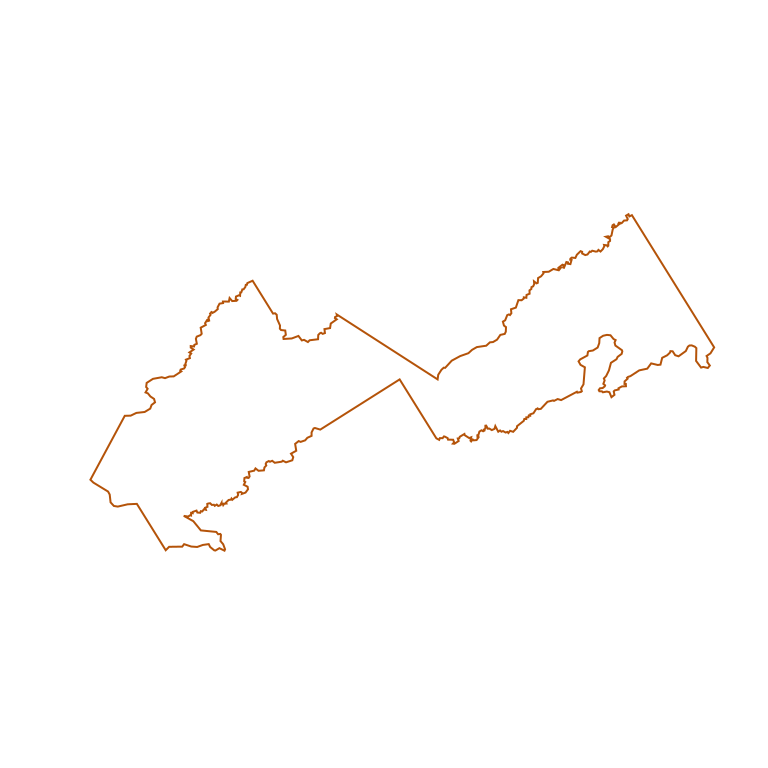 Novo Aripuanã, Amazonas, Brazil, rotated 238°
{"feature_id": "56859067B78656810677763", "entity_name": "Novo Aripuanã", "entity_type": "district", "adm_level": 2, "iso_a3": "BRA", "parent_name": "Brazil", "parent_adm1": "Amazonas", "projection": "natural_earth1", "projection_center": [-60.525, -6.833], "detail": "fine", "context": "isolated", "style": "outline", "palette": "amber", "viewbox_px": 768, "rotation_deg": 238, "n_neighbors": 0, "source": "geoboundaries", "source_scale": "gbopen_adm2", "svg_char_len": 6159}
<svg xmlns="http://www.w3.org/2000/svg" viewBox="0 0 768 768"><g transform="rotate(238 384 384)"><path d="M240.1,683.4L395.8,683.7L396.1,680.9L398.4,681.3L398.5,678.5L394.7,678.1L394.0,676.8L395.4,674.2L394.5,670.9L394.9,669.0L395.7,669.5L396.3,668.7L395.7,667.7L394.9,668.0L394.3,663.7L397.5,663.5L397.5,662.0L396.2,660.6L394.9,662.1L394.0,660.0L389.4,655.6L389.0,653.3L390.5,652.4L391.3,650.2L387.1,652.5L385.5,651.5L385.4,649.4L382.4,647.5L382.2,646.6L383.6,646.4L385.3,644.3L384.2,644.0L382.4,641.1L381.6,637.8L384.1,636.9L383.4,635.3L384.0,633.8L386.7,631.2L386.4,629.4L387.3,628.7L386.0,625.2L386.7,623.0L389.7,621.2L391.1,622.1L392.5,621.1L391.4,616.0L389.5,613.1L391.7,610.2L391.5,608.5L390.7,607.8L389.8,608.8L386.9,605.6L388.5,603.7L389.6,604.5L390.8,603.3L387.2,598.2L387.7,597.8L389.5,599.5L390.6,598.6L390.1,593.4L389.1,592.9L388.6,594.8L387.8,592.5L391.8,588.6L391.9,583.2L394.6,578.4L393.3,577.9L392.1,574.3L392.2,570.8L388.3,568.0L388.5,566.7L391.6,565.6L389.1,564.3L387.8,562.3L388.0,560.4L386.5,559.3L386.3,557.0L383.4,555.3L384.0,552.1L381.7,550.4L383.4,548.5L382.4,547.8L382.1,545.1L383.9,542.4L378.9,536.3L380.1,531.3L376.5,529.5L375.7,527.4L376.8,526.8L377.1,525.0L373.8,520.5L373.9,517.9L370.0,516.7L367.6,517.6L363.8,515.0L362.5,512.9L364.0,508.7L361.7,503.4L361.8,498.7L363.2,495.9L362.3,491.0L366.1,482.3L366.3,476.8L365.4,471.9L367.3,463.4L367.9,453.8L365.3,444.4L366.2,443.3L365.6,440.2L363.1,434.9L359.5,431.9L468.0,380.8L466.5,380.4L466.7,378.0L465.9,377.3L463.9,378.2L463.5,370.9L460.0,367.9L462.1,362.6L458.5,360.9L459.0,358.6L460.8,357.8L461.0,356.5L460.4,354.2L456.9,351.8L460.5,344.1L459.9,341.7L463.8,339.6L464.5,337.4L470.1,336.9L471.5,329.9L475.4,322.7L477.2,323.5L477.7,326.8L481.7,328.6L484.3,325.3L486.1,325.0L488.7,326.8L495.8,327.8L499.6,329.7L501.7,329.1L502.5,327.2L541.2,327.3L542.0,321.6L540.8,320.3L541.3,319.3L539.8,317.9L538.7,315.1L539.3,314.0L537.3,311.5L537.8,310.6L535.1,308.7L536.1,308.0L536.6,304.8L534.7,303.3L533.0,304.2L532.7,303.0L534.8,299.2L538.7,298.6L536.1,296.1L539.3,291.1L537.9,290.4L539.3,287.1L537.2,283.5L535.6,282.7L535.0,278.6L535.2,276.2L537.2,275.8L536.2,275.6L535.9,273.8L534.6,273.6L533.4,270.4L530.4,269.3L530.6,268.4L531.9,269.2L532.1,268.1L530.4,264.5L528.5,264.2L528.9,258.4L523.2,256.0L522.7,254.2L523.4,250.3L522.0,248.4L517.3,246.6L517.7,243.9L516.5,242.8L518.6,240.2L517.3,239.4L514.1,240.8L513.9,235.7L512.0,236.6L510.9,233.9L508.8,233.1L509.6,228.9L508.4,228.8L505.7,225.5L504.5,226.4L505.4,224.5L503.7,224.1L503.1,222.7L504.0,219.2L503.2,218.2L502.1,218.7L501.9,209.7L504.1,205.9L505.0,201.4L507.5,199.1L510.8,190.8L510.7,183.3L507.5,180.7L505.2,181.0L503.2,177.3L501.2,178.8L497.2,179.3L493.2,181.1L489.8,180.1L489.4,175.8L487.0,172.7L487.1,166.2L490.7,158.7L491.4,152.4L494.4,147.3L458.4,84.3L454.4,85.3L439.0,93.0L435.6,92.8L428.5,89.4L423.7,90.3L421.1,93.3L417.8,102.9L413.3,110.9L358.7,110.8L359.8,115.5L353.0,126.7L354.1,129.6L348.3,134.4L344.8,139.2L343.5,145.1L341.1,150.5L337.9,150.2L332.9,151.9L332.1,152.8L332.0,157.4L327.2,160.4L328.0,161.6L333.3,162.7L337.4,162.1L342.5,165.8L343.6,165.7L344.5,163.7L347.4,163.4L356.9,151.1L368.7,149.6L378.3,144.3L375.4,147.6L375.4,150.1L374.7,150.7L376.9,152.1L375.8,153.3L376.9,153.9L376.0,157.9L373.9,157.6L372.2,159.9L373.2,161.3L372.2,162.4L373.2,164.8L371.7,166.3L373.3,166.7L374.0,165.8L373.4,169.2L376.0,170.6L375.8,171.6L375.0,173.4L372.7,173.9L371.7,175.8L370.4,175.9L370.4,178.3L368.4,178.8L367.9,180.7L369.3,183.2L368.0,182.4L367.9,183.8L366.5,183.5L367.1,184.9L366.2,186.9L367.1,186.8L368.0,190.8L367.0,193.0L367.6,193.9L366.2,194.0L366.7,197.8L366.0,199.3L367.2,201.5L369.4,202.3L368.3,205.4L366.7,206.0L366.1,205.3L365.3,209.0L366.8,212.9L369.2,213.9L372.8,211.7L374.4,214.4L375.6,213.9L378.2,215.8L377.8,218.4L377.0,218.2L376.1,219.4L376.8,221.0L381.1,222.7L379.3,228.0L380.5,230.3L376.9,231.6L374.4,236.4L376.6,238.4L377.3,241.0L378.9,241.3L379.9,242.8L379.7,245.5L378.5,246.1L378.1,248.5L375.1,249.6L372.3,256.1L372.6,257.5L369.5,259.4L367.9,265.8L370.1,268.3L374.2,268.2L373.9,274.2L380.3,276.9L380.8,281.4L379.1,282.6L378.0,287.3L379.0,290.5L378.4,295.1L381.3,296.9L383.6,300.7L383.3,302.1L379.1,305.8L379.6,399.7L310.2,399.6L307.4,401.2L308.5,402.7L307.0,405.0L307.8,407.0L307.3,407.6L304.4,409.3L302.9,408.8L300.1,413.1L297.4,412.6L296.9,410.9L296.0,412.0L296.1,417.1L298.7,417.7L298.1,419.1L299.1,420.3L299.0,425.7L297.9,425.3L293.0,427.6L292.6,429.7L290.1,427.3L289.1,427.5L289.9,429.9L288.7,430.2L287.4,432.8L288.7,436.0L289.7,436.4L289.3,435.1L291.1,436.0L290.9,437.2L293.1,439.7L293.1,442.1L291.4,443.0L291.3,444.5L292.4,444.6L292.4,446.3L294.9,447.9L294.6,448.6L291.0,448.4L290.4,449.7L287.8,451.0L287.4,453.9L289.3,456.1L283.0,455.6L283.1,457.8L281.3,458.3L281.0,460.0L278.4,461.4L278.0,463.2L276.5,463.5L277.5,466.1L275.0,468.2L276.4,473.6L277.7,474.4L278.7,483.0L280.0,484.5L278.9,486.1L280.3,487.0L279.3,488.8L280.6,490.1L279.6,491.2L280.8,492.0L280.0,495.2L282.1,499.7L281.6,501.0L282.7,501.2L280.8,501.6L279.8,503.8L282.3,513.2L280.5,518.7L279.6,519.2L279.2,523.3L276.5,525.7L275.2,543.5L274.2,543.4L272.9,546.7L273.0,547.9L275.8,548.7L278.0,553.0L291.7,563.2L296.1,560.8L300.1,561.0L300.9,563.4L300.4,571.6L303.1,573.9L303.3,575.1L301.7,578.9L301.7,584.5L304.6,588.2L308.7,591.1L308.8,595.4L307.5,599.1L305.3,601.9L300.5,602.5L298.5,603.7L297.0,601.5L294.0,600.6L286.6,603.7L285.4,603.4L283.6,601.5L283.2,596.5L281.8,594.3L281.7,587.7L276.3,581.9L273.0,576.6L272.2,573.4L270.1,573.0L267.9,570.1L265.7,570.8L265.0,569.9L264.7,567.3L265.9,564.9L265.1,562.9L263.7,562.8L262.3,564.9L261.0,565.2L259.5,569.0L257.6,570.8L252.3,569.9L252.7,573.7L256.0,574.9L256.3,576.3L255.0,580.1L256.1,580.6L255.9,584.4L253.9,588.0L255.9,589.1L256.6,588.0L258.7,589.4L259.4,593.4L260.5,593.4L260.7,594.7L260.1,597.1L260.3,607.7L257.5,615.4L259.9,621.5L255.1,626.2L253.9,628.7L258.8,633.8L258.3,639.3L259.1,643.2L260.1,644.3L258.8,646.1L254.1,646.2L251.4,648.5L252.0,657.4L254.6,661.5L254.8,663.4L253.7,665.4L250.9,667.4L248.9,667.9L238.2,660.9L229.9,661.6L229.3,663.8L226.0,667.1L227.0,670.1L231.2,669.8L234.8,672.2L236.8,672.4L237.0,677.1L240.1,683.4Z" fill="none" stroke="#b45309" stroke-width="2"/></g></svg>